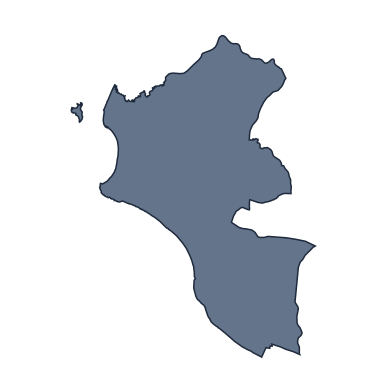 Mempawah, Kalimantan Barat, Indonesia, rotated 5°
{"feature_id": "22746128B13218426778114", "entity_name": "Mempawah", "entity_type": "district", "adm_level": 2, "iso_a3": "IDN", "parent_name": "Indonesia", "parent_adm1": "Kalimantan Barat", "projection": "albers", "projection_center": [109.004, 0.347], "detail": "fine", "context": "isolated", "style": "filled", "palette": "slate", "viewbox_px": 384, "rotation_deg": 5, "n_neighbors": 0, "source": "geoboundaries", "source_scale": "gbopen_adm2", "svg_char_len": 5945}
<svg xmlns="http://www.w3.org/2000/svg" viewBox="0 0 384 384"><g transform="rotate(5 192 192)"><path d="M105.7,92.0L104.2,95.7L104.5,95.8L104.5,96.0L103.8,96.8L100.4,107.4L99.5,109.4L99.5,110.1L97.3,117.0L96.8,118.1L97.3,118.5L97.6,120.9L97.3,124.6L97.3,128.5L98.3,132.2L100.0,134.6L101.0,135.1L100.7,134.6L100.2,134.2L100.3,133.9L101.0,134.0L102.9,135.0L104.0,136.1L103.6,136.0L105.3,136.9L107.3,138.7L107.7,139.5L108.4,139.9L111.6,144.3L113.8,149.0L113.6,149.3L114.6,153.2L115.0,156.7L115.1,162.8L114.8,164.9L114.9,165.3L114.6,166.5L114.7,169.0L114.0,175.3L112.8,179.1L112.0,180.7L110.3,183.8L109.6,184.4L106.5,188.7L102.1,191.8L100.2,191.3L100.0,191.5L99.9,194.8L99.6,195.6L100.0,196.0L100.3,197.4L101.6,199.1L101.5,200.2L102.0,201.0L103.8,202.6L104.3,202.4L105.2,203.4L106.5,204.0L108.2,204.5L108.9,205.0L110.4,204.4L111.0,204.6L111.5,205.5L112.3,205.9L112.6,205.6L114.4,206.2L115.6,206.8L115.5,207.2L116.2,207.0L117.7,207.8L119.9,208.3L121.4,208.0L123.7,207.0L128.4,208.7L130.2,209.0L130.3,209.3L131.9,209.4L136.8,210.9L137.1,211.3L139.1,211.7L140.7,212.4L141.6,213.2L141.9,213.1L142.6,213.6L143.3,213.4L143.4,213.8L143.8,213.8L144.2,214.1L145.3,214.4L146.8,215.3L147.3,215.2L147.7,215.7L148.7,215.9L149.9,216.8L150.7,217.0L154.3,219.2L156.3,220.1L162.4,223.9L169.9,230.1L171.4,230.4L171.9,231.2L174.9,232.9L180.6,237.1L187.2,243.7L191.3,248.7L195.6,255.9L197.9,260.6L199.5,265.0L200.2,265.9L200.2,267.0L201.2,271.2L201.7,275.7L202.1,276.9L203.0,278.0L202.1,279.1L201.8,280.3L202.1,287.6L205.0,295.7L206.0,297.3L206.9,298.7L207.8,299.1L209.7,300.8L210.3,301.1L210.6,301.8L214.0,304.0L214.7,305.4L215.5,305.9L215.4,306.4L215.6,307.3L218.6,314.1L220.1,316.3L221.0,316.9L221.1,317.6L222.4,319.7L224.6,321.5L228.4,323.9L229.1,324.0L230.0,325.0L231.2,325.5L238.8,330.7L247.5,337.1L255.9,342.0L261.6,344.4L264.7,345.4L266.8,346.7L275.8,350.4L279.3,340.5L280.3,340.8L283.1,340.9L283.1,338.8L285.3,338.5L284.8,336.6L293.7,338.6L298.7,340.4L307.1,342.3L313.5,344.5L313.0,343.4L312.5,337.6L312.0,336.2L310.5,333.6L310.6,333.2L310.2,332.2L310.4,328.9L311.0,327.7L312.9,325.6L313.8,323.8L313.8,322.3L311.4,317.7L309.0,315.3L308.0,312.7L307.3,306.8L308.1,299.2L307.5,297.2L304.2,292.7L304.5,257.8L305.9,252.4L308.2,249.5L310.3,245.1L317.5,236.5L319.5,235.1L309.3,231.2L299.9,230.1L290.2,229.4L271.6,229.6L267.8,231.0L263.6,231.3L261.7,231.0L258.4,226.8L255.1,224.7L249.4,224.0L246.1,224.0L241.9,223.2L233.9,218.8L235.5,212.4L237.8,207.2L240.0,205.6L241.3,204.1L242.9,203.1L244.0,203.0L248.7,204.5L250.7,204.8L250.8,203.1L250.4,201.5L250.1,196.7L250.2,194.6L258.9,196.7L263.2,196.9L266.4,195.6L269.4,194.8L270.2,194.2L270.8,194.2L273.3,192.8L274.2,192.6L274.9,191.8L276.3,191.3L278.2,189.1L278.4,188.3L282.5,185.9L284.7,185.3L290.8,185.0L290.5,182.8L290.4,177.7L289.5,175.2L289.2,171.2L287.4,167.9L286.9,165.8L285.9,163.6L283.0,160.9L281.0,157.9L279.0,157.9L278.5,155.6L277.0,153.3L276.2,152.5L270.4,149.4L269.5,148.2L268.2,144.8L267.2,143.4L266.0,142.5L263.1,141.1L261.8,141.6L260.0,141.6L258.5,142.8L255.9,142.0L255.6,138.6L254.2,137.3L253.0,137.3L252.6,136.9L252.6,136.4L253.4,134.7L253.0,133.6L252.1,133.7L251.0,133.3L250.0,134.2L249.0,133.9L248.9,134.5L248.5,134.1L247.9,134.0L247.4,135.1L246.3,135.2L245.3,134.9L244.5,135.1L244.3,128.7L244.6,125.3L246.5,120.0L249.6,115.8L251.2,112.6L251.5,108.0L253.1,102.4L255.6,96.3L258.5,91.4L261.2,88.8L263.9,85.4L268.8,83.4L272.0,79.3L273.5,76.1L274.4,72.7L275.6,70.7L270.3,61.5L269.1,61.3L267.3,59.8L266.8,59.8L264.0,58.0L263.1,56.9L262.7,55.9L262.6,54.2L261.7,52.6L261.0,52.5L259.8,53.0L257.0,56.0L254.5,57.4L253.5,57.2L252.0,56.3L250.0,54.4L247.4,53.5L244.7,53.8L239.7,53.7L238.0,52.8L236.4,51.0L235.3,50.3L231.1,49.1L229.1,47.8L227.4,44.5L227.0,42.8L225.9,41.4L224.8,40.6L222.6,40.4L219.7,40.7L218.1,40.3L215.3,38.4L211.7,34.6L209.8,33.6L208.1,33.6L206.5,34.9L205.5,36.3L204.0,42.4L202.5,45.8L201.0,47.0L200.7,47.6L198.1,49.3L190.6,52.9L189.8,54.2L189.5,56.0L189.0,57.2L187.5,59.6L182.3,65.2L176.7,71.8L173.6,74.4L170.0,75.1L162.9,75.2L160.3,75.7L158.5,76.6L155.7,79.9L156.0,83.4L154.8,84.5L155.0,85.2L154.3,85.7L154.8,86.2L154.5,87.2L154.8,87.8L154.5,88.2L153.9,88.3L153.1,87.7L152.8,87.9L152.8,88.9L151.4,88.1L151.0,88.2L150.1,89.3L147.8,89.5L147.0,90.4L146.3,89.8L145.2,90.5L145.7,91.7L145.3,92.2L144.7,92.2L144.3,91.6L143.6,91.7L143.7,92.6L144.1,92.9L144.3,93.6L143.4,94.5L141.4,95.5L140.8,97.1L141.5,98.2L141.6,99.1L141.0,99.6L139.6,100.0L139.5,101.1L139.1,101.3L138.3,101.1L136.9,99.7L137.2,98.3L136.1,96.8L136.0,95.6L135.5,95.4L135.0,95.9L134.8,96.7L133.6,97.1L131.6,98.5L132.3,99.4L131.9,100.7L132.2,101.5L131.5,101.7L130.9,101.0L130.4,100.9L130.1,101.2L129.9,102.5L128.0,103.0L127.9,103.4L126.2,105.4L126.4,105.9L127.0,106.3L126.8,106.9L126.4,107.0L126.0,106.7L125.4,107.2L125.0,107.1L125.0,105.8L124.5,105.5L124.1,106.0L123.9,106.9L122.2,107.2L120.8,105.9L120.2,106.6L119.9,107.5L118.7,107.5L118.3,106.7L117.9,106.9L117.5,106.7L117.2,106.1L117.2,105.2L116.9,104.7L116.5,104.6L116.9,102.1L115.6,102.6L115.5,102.0L115.0,101.5L113.6,101.4L113.1,100.7L112.0,100.9L111.4,100.2L110.4,99.6L109.7,99.9L109.4,99.0L108.1,99.0L108.2,98.3L109.0,98.0L109.0,97.8L107.9,97.6L107.7,96.9L107.0,96.8L106.9,96.5L107.0,96.2L107.4,96.0L108.6,96.5L108.2,95.7L107.2,95.6L107.7,94.9L107.7,93.2L107.0,93.0L106.5,93.4L106.3,94.2L106.0,94.2L105.5,93.7L105.5,93.4L106.4,92.8L106.4,92.2L105.7,92.0ZM74.5,115.5L75.0,114.9L75.0,114.4L74.6,113.8L74.7,113.4L74.0,112.8L73.5,112.7L73.2,113.1L73.6,114.7L73.5,115.2L73.0,115.6L72.0,114.8L70.0,114.1L70.1,114.8L70.9,115.4L70.9,116.4L70.3,117.6L69.1,118.6L66.8,118.7L65.1,118.3L64.8,118.7L64.8,119.1L65.8,119.7L65.7,120.0L64.8,120.3L64.5,120.8L65.2,122.8L66.9,123.7L67.9,123.4L68.7,123.6L69.6,124.3L69.4,125.2L69.7,125.4L71.0,125.9L72.1,126.7L73.5,129.4L73.6,131.9L73.9,132.2L75.1,131.0L75.0,130.6L76.0,129.4L76.5,126.6L75.6,125.0L75.7,122.3L75.3,121.3L74.4,120.8L74.2,119.9L73.6,119.3L73.9,116.9L74.4,116.2L74.5,115.5Z" fill="#64748b" stroke="#1e293b" stroke-width="1.5"/></g></svg>